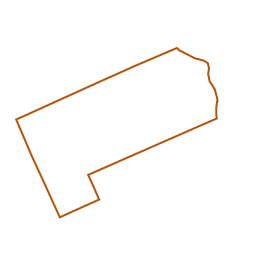 the district of Racine, Wisconsin, United States of America, rotated 336°
{"feature_id": "52423323B56497916427340", "entity_name": "Racine", "entity_type": "district", "adm_level": 2, "iso_a3": "USA", "parent_name": "United States of America", "parent_adm1": "Wisconsin", "projection": "natural_earth1", "projection_center": [-87.993, 42.727], "detail": "fine", "context": "isolated", "style": "outline", "palette": "amber", "viewbox_px": 256, "rotation_deg": 336, "n_neighbors": 0, "source": "geoboundaries", "source_scale": "gbopen_adm2", "svg_char_len": 551}
<svg xmlns="http://www.w3.org/2000/svg" viewBox="0 0 256 256"><g transform="rotate(336 128 128)"><path d="M29.3,74.8L29.3,75.5L28.7,114.3L28.7,114.9L29.1,143.3L29.1,145.1L29.3,168.4L29.4,181.9L42.6,181.7L72.6,181.6L72.6,154.6L191.7,155.2L198.2,155.3L213.0,155.4L214.0,152.0L217.0,145.2L219.8,140.6L220.0,140.2L220.6,140.2L221.6,136.8L223.0,127.9L221.6,118.5L222.4,114.9L223.1,111.5L226.2,106.5L227.3,101.3L224.7,97.3L217.3,91.4L206.5,77.9L205.2,74.8L159.3,74.1L116.1,74.2L72.7,74.5L29.3,74.8Z" fill="none" stroke="#b45309" stroke-width="2"/></g></svg>